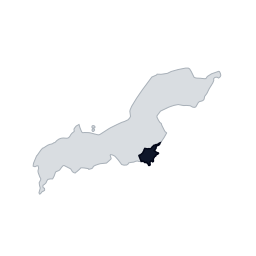 where Mchinji sits in Malawi, rotated 252°
{"feature_id": "MWI-1911", "entity_name": "Mchinji", "entity_type": "District", "adm_level": 1, "iso_a3": "MWI", "parent_name": "Malawi", "parent_adm1": "", "projection": "orthographic", "projection_center": [33.108, -13.784], "detail": "fine", "context": "in_parent", "style": "filled", "palette": "ink", "viewbox_px": 256, "rotation_deg": 252, "n_neighbors": 0, "source": "natural_earth", "source_scale": "10m", "svg_char_len": 4392}
<svg xmlns="http://www.w3.org/2000/svg" viewBox="0 0 256 256"><g transform="rotate(252 128 128)"><path d="M99.9,148.2L98.5,146.2L97.3,146.7L95.7,148.1L94.9,148.4L94.4,148.4L94.1,148.0L93.8,147.2L92.5,144.7L91.1,142.9L89.6,142.2L88.4,141.3L89.0,140.5L89.5,140.0L89.3,139.4L88.6,138.5L86.0,137.3L85.9,136.7L88.3,135.6L89.7,134.3L90.7,133.1L92.0,130.4L93.0,127.7L93.7,126.8L94.0,125.0L93.8,123.0L94.3,120.4L94.6,118.0L93.8,117.1L93.2,115.4L93.9,112.7L95.2,110.7L101.0,108.7L105.1,106.9L106.0,106.1L107.4,104.6L108.1,103.1L107.6,102.6L104.4,102.6L103.6,102.0L101.3,96.7L102.6,90.7L102.7,88.3L102.6,85.3L102.2,83.2L101.2,82.3L100.6,81.1L100.8,77.9L101.7,77.6L103.8,73.4L104.7,70.9L103.6,68.9L102.4,66.1L101.8,64.3L101.5,63.8L102.4,62.6L103.7,61.6L105.3,61.3L106.9,60.8L112.1,55.6L112.2,54.6L111.2,52.8L109.3,50.2L108.9,49.1L108.7,46.0L107.9,45.0L105.1,42.9L102.9,40.6L103.6,38.4L103.9,35.9L102.8,34.5L101.2,33.1L100.2,31.1L99.8,29.5L98.5,28.9L97.4,28.9L96.5,29.9L95.6,29.8L94.5,29.4L94.1,28.1L94.0,26.7L93.3,25.7L92.5,24.3L92.4,23.6L92.9,23.4L93.9,23.3L98.0,26.0L100.6,26.1L103.4,26.6L105.8,29.0L107.0,29.4L108.6,29.0L113.2,28.8L115.0,29.1L117.4,30.6L118.3,30.7L119.7,30.8L120.0,30.4L120.2,29.6L119.9,27.9L120.2,27.0L121.1,26.0L123.6,27.2L129.8,32.5L130.0,33.1L133.9,38.3L135.2,40.5L135.2,41.7L136.4,46.2L136.6,48.4L136.4,50.0L136.4,51.3L136.9,53.1L136.7,53.9L138.1,56.6L138.8,58.9L138.9,61.2L138.5,63.3L137.2,66.5L137.0,67.8L137.3,68.9L138.1,70.2L139.4,71.6L140.4,73.2L141.1,75.2L141.6,76.0L142.4,76.0L143.7,76.3L144.7,77.5L145.9,79.4L146.3,81.5L146.5,82.5L143.0,82.4L138.6,82.7L137.5,83.5L137.1,85.4L135.7,89.3L135.0,90.7L133.3,93.3L131.0,97.0L130.5,98.2L130.6,99.5L131.9,104.5L133.3,109.8L133.7,111.8L134.7,118.8L135.3,123.8L135.3,126.7L135.8,130.6L137.0,132.7L138.3,134.0L143.3,134.9L144.8,135.8L147.6,138.3L153.6,145.3L157.0,149.7L159.9,153.5L165.1,160.8L169.1,166.4L169.6,171.6L170.2,172.3L168.8,176.2L167.8,182.4L168.4,186.6L168.1,193.7L167.2,201.2L166.3,203.9L165.1,204.9L162.2,205.6L155.9,206.5L155.0,207.4L154.2,208.8L152.9,212.3L151.3,215.8L150.9,217.3L151.1,217.6L152.5,219.4L153.7,224.0L153.9,231.8L153.4,232.4L151.6,232.7L149.6,232.6L148.8,232.1L148.1,231.3L147.5,229.6L148.8,228.4L149.3,226.4L148.5,224.7L146.8,224.3L144.7,222.6L140.3,217.4L136.5,213.7L134.3,210.6L132.1,209.4L131.4,208.7L130.9,207.4L130.9,205.5L131.1,204.2L130.4,202.6L128.2,200.2L127.1,198.9L127.1,197.4L128.0,195.8L130.0,194.0L131.5,190.3L132.1,187.9L134.8,183.0L135.3,178.8L135.3,175.4L135.2,172.9L134.5,167.7L134.0,164.1L130.7,159.4L129.5,158.9L126.3,159.3L123.5,160.0L122.1,161.0L120.0,161.0L114.6,161.8L112.9,162.2L111.9,163.0L111.3,163.2L107.9,159.5L104.8,155.6L101.0,149.0L99.9,148.2ZM140.1,96.8L139.1,97.0L138.6,96.5L138.7,95.1L139.0,94.1L140.0,93.9L140.6,94.2L141.1,94.7L141.1,95.4L140.8,96.2L140.1,96.8ZM138.0,94.2L137.5,95.6L136.4,95.6L135.4,94.3L135.7,93.3L136.7,93.0L137.6,93.4L138.0,94.2Z" fill="#d9dde1" stroke="#a8b0b8" stroke-width="1"/><path d="M87.0,136.3L87.3,136.3L88.0,135.6L88.4,135.4L89.3,135.3L89.7,135.0L89.8,134.4L89.8,133.9L89.8,133.5L90.1,133.2L90.5,133.1L91.3,132.7L91.8,131.7L92.1,130.2L92.5,130.2L98.3,129.8L98.6,130.1L98.7,130.5L98.7,130.8L98.6,131.3L98.6,131.7L98.8,132.0L99.2,132.9L99.5,133.7L99.7,134.1L100.0,134.5L101.0,135.4L101.3,135.9L101.6,136.1L102.3,136.5L103.4,137.7L103.2,138.1L103.0,138.4L102.9,138.5L102.7,138.9L102.6,139.3L102.2,139.8L102.0,140.0L102.1,140.4L102.1,140.6L102.1,140.9L102.0,141.1L101.9,141.2L101.7,141.5L101.6,141.8L101.6,142.5L101.5,142.9L101.3,143.1L101.3,143.5L101.6,144.0L101.8,144.3L102.0,144.5L102.4,144.9L102.5,145.1L102.9,146.1L103.4,146.9L103.5,147.2L103.6,147.5L103.5,147.9L103.4,148.1L103.4,148.3L103.4,148.5L103.6,149.3L103.5,149.8L103.3,150.4L103.3,150.7L103.3,151.1L103.7,152.2L104.0,153.5L104.0,154.0L103.9,153.9L103.7,153.7L103.1,153.4L102.9,153.1L102.2,152.0L102.1,151.6L102.3,150.2L102.0,149.4L101.4,149.0L99.9,148.2L99.5,147.6L98.7,146.1L98.3,145.8L98.0,145.9L97.8,146.6L97.5,146.8L96.6,147.1L96.3,147.3L95.9,147.7L95.1,149.0L94.6,149.2L94.0,148.4L93.9,148.0L93.9,146.6L94.0,146.4L93.8,146.1L93.6,146.0L93.2,146.0L92.9,145.8L92.8,145.4L92.7,145.0L92.6,144.6L91.3,142.9L90.9,142.6L90.1,142.3L89.1,142.1L88.4,141.8L88.2,141.0L88.5,140.7L89.5,140.3L89.7,140.0L89.6,139.7L88.6,138.2L87.9,137.9L86.9,137.9L86.1,137.7L85.8,136.9L85.9,136.3L86.1,136.1L86.5,136.1L87.0,136.3Z" fill="#0f172a" stroke="#020617" stroke-width="1.5"/></g></svg>